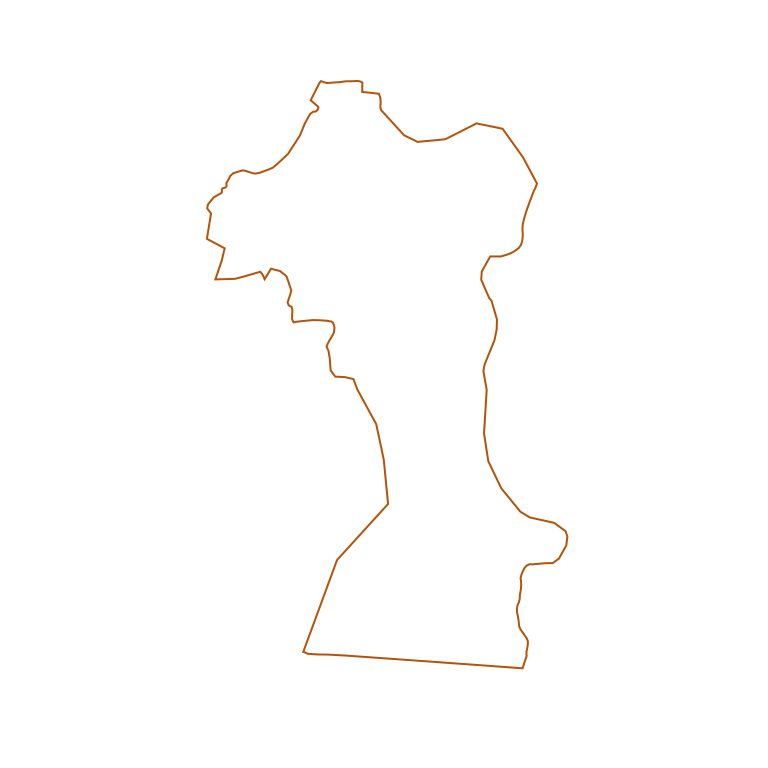 Saqin, Sa`dah, Yemen, rotated 19°
{"feature_id": "15242507B44237665414324", "entity_name": "Saqin", "entity_type": "district", "adm_level": 2, "iso_a3": "YEM", "parent_name": "Yemen", "parent_adm1": "Sa`dah", "projection": "robinson", "projection_center": [43.467, 16.799], "detail": "fine", "context": "isolated", "style": "outline", "palette": "amber", "viewbox_px": 768, "rotation_deg": 19, "n_neighbors": 0, "source": "geoboundaries", "source_scale": "gbopen_adm2", "svg_char_len": 3585}
<svg xmlns="http://www.w3.org/2000/svg" viewBox="0 0 768 768"><g transform="rotate(19 384 384)"><path d="M169.5,245.4L170.7,247.8L170.5,249.2L169.7,250.2L168.1,251.2L167.5,251.8L167.4,253.2L168.2,255.1L168.3,255.8L168.0,256.5L162.3,262.8L159.1,271.6L159.1,271.9L159.7,275.6L164.9,279.0L169.3,304.4L189.2,307.6L189.2,307.8L190.4,320.3L190.5,339.9L190.5,340.0L208.6,333.2L208.9,333.0L209.3,332.8L215.9,328.4L216.1,328.3L227.0,320.6L230.4,318.2L232.1,319.1L232.7,319.4L233.1,319.8L233.5,320.2L234.0,320.5L234.4,320.9L234.8,321.4L235.1,321.8L235.8,322.3L236.0,322.7L236.4,323.1L236.8,323.6L237.0,323.8L239.6,311.8L243.8,311.5L247.2,311.2L248.9,311.0L249.1,311.1L255.7,313.5L257.0,314.2L259.9,317.9L266.0,325.9L266.2,330.5L266.3,338.3L266.9,339.0L268.3,340.7L271.5,341.1L271.9,341.8L273.1,343.5L273.8,345.6L274.0,346.1L274.8,349.0L275.4,350.6L275.5,351.0L275.6,351.9L276.7,353.5L278.4,355.1L278.5,355.2L280.0,354.3L280.9,353.7L281.1,353.6L287.1,350.7L296.0,346.7L302.0,344.8L309.7,342.7L314.0,342.1L315.5,342.5L317.1,344.1L318.8,346.7L319.9,351.3L319.7,353.2L319.7,353.6L319.0,357.1L318.2,360.7L317.6,364.6L317.5,365.6L317.5,367.4L320.6,370.6L321.4,372.0L322.0,373.1L322.5,374.1L324.4,377.4L326.8,383.1L329.2,388.6L335.5,392.9L336.2,392.7L344.9,390.2L353.5,389.3L354.9,391.0L360.6,397.9L368.5,405.1L369.4,405.9L389.7,424.5L395.0,433.3L396.3,435.4L408.5,455.8L426.9,496.1L396.9,565.7L395.4,638.6L394.9,663.5L395.2,663.4L399.8,663.9L404.8,662.6L409.6,661.2L420.1,657.8L437.4,652.9L470.5,644.1L471.6,643.8L510.0,633.6L559.6,620.4L607.6,607.7L607.5,604.4L607.4,594.5L606.7,593.4L605.8,590.3L605.4,586.7L604.8,583.4L603.7,580.2L601.4,577.7L598.7,575.8L596.1,573.9L593.1,571.7L590.8,569.3L589.2,565.9L587.7,562.8L586.1,559.8L584.3,556.9L582.9,553.4L582.3,549.9L582.6,546.5L582.3,542.9L581.2,539.5L580.7,536.2L580.1,532.8L579.1,529.3L577.9,526.1L576.3,523.0L576.2,521.7L576.0,519.4L576.2,516.1L576.7,512.5L577.1,511.5L577.9,509.4L580.2,507.1L583.3,506.1L594.9,500.9L601.9,498.4L606.3,492.0L608.9,477.2L607.1,468.7L603.7,464.1L590.1,459.9L565.3,462.7L554.6,460.4L528.8,444.4L507.8,423.1L494.7,398.3L483.0,356.1L473.8,339.5L472.8,333.2L473.3,323.0L474.2,306.6L472.8,295.8L469.8,286.2L458.5,270.2L455.7,268.7L451.0,263.6L448.1,260.5L445.6,257.7L442.0,253.8L439.8,245.8L441.1,238.8L442.9,228.8L452.9,225.4L453.2,225.2L456.5,222.9L459.9,220.3L462.9,217.4L465.2,214.5L467.1,211.6L467.5,210.4L467.6,210.0L468.2,208.0L468.2,204.6L468.0,203.6L467.4,200.3L466.8,198.3L466.4,197.0L465.1,194.1L464.8,193.4L464.5,192.3L463.7,190.1L463.1,186.7L462.9,184.6L462.7,182.9L462.5,179.4L462.5,179.1L462.4,175.7L462.3,172.0L462.4,168.1L462.4,164.1L462.6,160.2L462.6,156.3L462.9,152.3L463.3,148.9L463.4,144.7L441.6,124.4L413.1,104.1L410.3,104.4L388.2,107.3L386.6,107.5L369.5,125.2L368.6,126.1L362.3,132.6L355.6,135.7L341.4,142.1L336.8,144.2L336.4,144.1L332.7,143.6L322.0,142.3L292.2,126.0L290.9,124.4L290.2,122.7L289.0,118.3L287.1,114.2L284.7,111.2L268.3,114.9L265.5,106.3L264.5,105.8L263.0,105.7L261.3,105.9L259.7,106.3L257.8,107.1L254.5,108.4L251.1,109.6L249.0,110.4L246.2,111.8L244.0,113.0L239.7,114.7L236.9,115.9L231.9,118.1L225.7,118.2L225.0,120.3L224.9,120.5L222.3,139.6L230.1,142.7L230.9,143.0L232.0,143.9L232.0,146.4L230.9,148.5L228.3,149.7L226.1,153.1L224.3,163.7L224.0,169.5L223.6,176.4L223.3,177.5L222.5,180.9L220.8,187.8L218.4,197.4L218.3,197.7L214.8,204.4L211.7,210.2L211.4,210.8L210.4,212.4L208.4,215.7L205.6,218.3L197.8,224.7L193.9,226.9L193.7,227.0L191.6,227.4L183.2,227.6L180.9,228.0L177.7,230.2L172.8,233.8L170.9,237.4L170.6,240.3L169.5,245.4Z" fill="none" stroke="#b45309" stroke-width="2"/></g></svg>